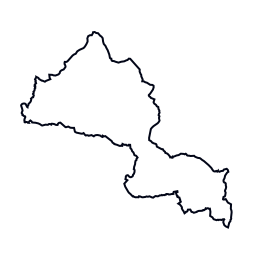 Azogues, Cañar, Ecuador, rotated 273°
{"feature_id": "8360857B88575915979484", "entity_name": "Azogues", "entity_type": "district", "adm_level": 2, "iso_a3": "ECU", "parent_name": "Ecuador", "parent_adm1": "Cañar", "projection": "mercator", "projection_center": [-78.782, -2.632], "detail": "fine", "context": "isolated", "style": "outline", "palette": "ink", "viewbox_px": 256, "rotation_deg": 273, "n_neighbors": 0, "source": "geoboundaries", "source_scale": "gbopen_adm2", "svg_char_len": 5792}
<svg xmlns="http://www.w3.org/2000/svg" viewBox="0 0 256 256"><g transform="rotate(273 128 128)"><path d="M128.0,27.7L128.0,28.3L128.1,28.2L128.3,28.5L129.3,29.0L130.4,30.1L129.5,31.4L128.5,32.0L128.4,35.4L127.9,38.1L127.3,39.7L126.1,41.7L126.0,42.3L127.0,45.4L127.0,47.9L127.8,48.8L127.9,49.4L127.5,50.8L127.9,50.7L128.3,51.7L128.1,54.0L127.3,56.0L127.4,57.5L128.3,57.7L129.3,58.5L129.6,59.0L129.8,60.2L125.6,65.5L125.6,66.2L126.3,68.3L125.4,70.1L125.2,71.1L125.3,74.1L121.5,75.2L120.7,76.7L119.9,81.6L120.0,82.9L120.6,83.9L118.8,85.5L118.3,86.3L118.6,87.0L118.6,88.3L118.2,89.2L119.0,91.9L117.9,94.3L118.6,94.9L119.2,96.3L119.4,98.1L119.0,100.6L118.0,102.1L117.7,103.1L117.9,103.3L118.9,103.3L118.4,104.4L118.7,105.8L114.1,112.4L112.6,113.3L111.5,115.3L111.2,115.3L110.6,118.0L109.7,120.5L109.8,122.1L110.3,122.4L110.0,123.2L111.8,123.4L111.0,125.3L111.2,126.9L110.6,127.5L110.5,129.2L111.3,129.7L111.3,131.0L107.9,131.5L106.9,132.6L105.0,133.4L103.9,134.7L101.2,135.9L100.7,137.6L99.0,139.1L97.6,138.1L96.4,138.1L95.7,137.3L94.2,137.0L92.4,137.0L89.2,136.1L88.1,136.2L87.3,135.9L86.7,136.6L86.1,136.8L84.4,136.8L82.6,136.3L81.6,135.5L80.6,135.4L79.9,135.0L79.1,133.7L79.0,132.9L79.3,132.0L80.8,130.4L80.8,129.8L80.3,128.8L79.1,128.3L78.4,128.4L76.8,128.1L75.8,130.1L72.2,127.2L69.3,128.3L64.4,131.5L63.5,132.2L62.1,134.0L60.1,136.1L59.9,136.4L60.2,136.8L59.5,137.8L59.2,139.3L59.4,141.0L59.3,141.9L59.4,142.2L60.4,142.5L60.3,143.6L59.6,145.6L59.6,146.5L60.1,149.1L60.6,150.0L60.4,151.5L60.9,153.0L59.9,155.7L59.8,156.8L61.1,158.4L61.5,159.2L61.3,161.0L61.5,161.9L62.3,163.1L62.5,164.7L62.9,165.2L62.6,165.8L62.9,166.7L62.9,168.2L63.2,168.4L63.5,169.5L64.0,169.6L64.1,169.9L64.1,171.5L63.7,172.3L63.9,173.6L64.4,175.2L64.4,176.4L64.6,176.9L65.6,176.7L66.6,177.0L67.5,180.6L66.7,180.8L66.1,179.2L64.8,179.6L63.4,180.2L62.7,181.0L62.3,180.7L61.7,181.0L61.2,183.0L60.0,183.3L59.5,183.8L58.8,183.7L58.2,183.9L57.5,184.5L57.1,184.6L55.1,182.2L54.2,183.9L52.4,185.5L51.6,186.0L50.4,186.0L48.6,187.1L47.9,187.8L45.8,188.9L46.6,189.9L47.3,190.2L47.5,191.1L48.1,191.7L49.6,192.1L49.8,194.5L47.6,195.8L47.4,196.9L46.8,198.2L47.8,201.1L48.2,201.3L48.9,202.9L49.2,206.2L49.5,207.0L49.8,207.0L50.1,207.7L50.0,208.4L51.0,209.5L51.6,209.7L51.4,210.0L51.7,210.2L51.5,210.6L52.0,211.3L52.0,212.3L51.5,213.1L51.7,214.0L48.6,214.7L44.5,214.6L43.2,217.0L41.4,218.3L40.6,221.3L41.1,222.5L40.8,223.1L41.1,223.5L41.2,225.1L41.0,226.1L41.7,227.2L41.5,228.1L41.9,228.3L42.0,228.6L41.7,228.9L40.9,228.3L38.8,228.1L36.0,229.3L34.8,230.9L33.9,233.1L38.9,234.1L40.2,235.1L41.8,235.2L42.4,235.7L43.1,235.8L43.9,235.6L49.1,235.9L50.7,235.7L52.8,234.9L57.2,234.9L58.8,231.6L62.1,229.3L61.5,227.5L61.7,226.7L61.9,226.6L64.2,227.0L64.8,228.3L65.7,228.6L68.5,228.9L70.2,228.1L71.1,228.3L72.3,228.8L73.8,229.1L74.9,229.0L75.5,228.7L77.7,228.5L78.1,228.2L78.6,227.4L78.6,227.0L79.4,226.3L80.9,226.1L82.9,227.0L85.6,227.5L88.6,229.3L89.5,230.5L91.3,229.9L92.4,228.7L91.5,225.9L90.2,225.1L89.9,223.3L89.1,221.7L89.6,220.5L89.3,219.9L89.8,219.9L89.4,219.5L89.6,219.0L89.5,218.6L89.7,218.3L89.1,217.2L89.3,216.0L89.5,215.6L90.9,214.4L92.4,213.4L95.2,210.4L99.0,205.5L100.0,203.7L101.2,202.1L101.7,201.2L101.8,199.5L102.3,197.8L103.0,196.2L103.7,195.5L103.3,192.0L103.6,190.3L103.5,189.3L103.8,188.4L104.6,187.9L105.3,187.0L104.7,186.0L105.0,185.2L105.1,182.1L103.6,180.0L103.1,177.9L101.9,175.5L101.7,175.8L101.9,175.3L101.6,174.8L101.8,174.2L100.7,174.0L100.7,172.8L101.3,172.2L101.0,171.6L101.9,171.2L103.8,169.5L104.7,168.1L105.1,166.6L106.2,166.2L107.4,164.6L108.5,164.1L108.7,163.6L108.6,162.8L110.9,157.8L113.0,157.2L113.5,156.7L114.2,153.9L114.6,153.5L114.8,152.8L116.0,151.8L117.0,149.8L119.3,149.6L128.2,150.9L129.5,151.8L131.2,153.4L134.3,157.4L135.6,158.4L137.0,159.1L139.7,158.4L141.4,158.8L142.4,157.9L143.9,158.2L144.3,158.5L145.2,158.7L146.3,158.3L147.1,158.4L148.5,157.5L150.6,157.1L151.2,155.6L152.3,155.0L152.9,154.3L153.6,153.1L154.7,152.3L155.2,152.2L158.0,152.9L159.3,149.2L160.1,148.7L160.6,147.7L161.4,147.1L162.1,147.1L163.4,148.3L167.7,150.9L170.0,151.5L171.6,151.3L172.3,150.1L172.3,147.9L174.2,144.6L174.6,142.8L175.4,141.4L175.4,139.8L177.3,140.1L180.2,138.6L181.8,138.4L182.7,137.7L184.9,136.7L187.1,136.6L197.2,126.6L197.3,125.2L195.9,124.0L195.5,122.8L194.4,120.8L193.8,117.7L192.8,115.1L193.5,112.1L194.1,110.4L194.1,109.0L194.4,108.3L194.7,108.1L196.4,107.7L196.5,106.9L197.0,106.3L200.3,105.5L204.7,103.6L206.2,102.6L208.8,101.2L210.7,99.4L213.0,98.6L216.4,98.0L218.1,96.5L218.4,95.7L221.1,93.1L221.2,91.3L222.1,89.7L221.8,88.1L220.9,88.0L218.8,87.0L218.7,85.3L217.7,83.5L216.4,83.0L215.1,82.7L214.0,83.0L212.1,83.1L209.2,81.9L206.9,80.6L205.5,79.4L203.5,75.5L201.9,73.3L199.4,71.9L198.7,70.4L197.5,68.9L191.6,64.2L190.9,63.3L190.7,62.4L190.7,61.4L189.8,61.2L188.6,61.3L188.5,61.5L186.6,62.3L186.1,62.4L185.5,62.3L183.1,60.7L182.2,58.7L181.4,57.7L180.4,57.1L179.2,56.9L177.9,55.8L176.6,52.8L176.7,50.8L177.1,49.6L177.1,46.6L174.1,47.1L172.7,47.9L170.8,43.7L169.9,42.6L170.8,40.1L170.7,39.7L171.2,38.6L172.3,36.6L173.3,35.9L174.3,33.7L173.5,33.8L173.0,33.2L171.7,32.6L171.0,33.2L170.4,33.4L170.2,33.1L169.3,33.1L168.8,33.6L168.2,33.4L167.8,33.8L166.4,32.6L165.5,33.0L165.5,32.6L165.0,32.4L163.9,33.1L163.4,33.0L163.1,33.3L162.3,32.7L161.7,32.8L160.4,32.6L159.3,31.7L158.5,32.0L157.5,31.9L157.3,31.4L157.0,31.3L155.7,32.2L153.8,31.7L153.8,31.1L152.2,29.6L151.6,29.9L149.8,29.6L148.6,29.0L146.8,27.4L145.6,27.3L144.8,26.7L143.5,26.6L143.8,26.1L146.5,24.6L147.0,23.7L147.0,22.5L146.6,21.2L145.7,20.4L145.1,20.1L144.5,20.2L142.0,21.2L139.8,21.8L137.8,21.1L137.2,21.1L136.3,21.7L136.0,22.2L135.6,22.3L135.3,22.1L134.4,23.7L134.3,24.5L133.6,24.9L131.2,24.1L130.2,24.3L129.8,24.1L129.2,24.4L128.5,24.4L128.2,24.9L128.6,25.5L128.7,26.8L128.0,27.7Z" fill="none" stroke="#020617" stroke-width="2"/></g></svg>